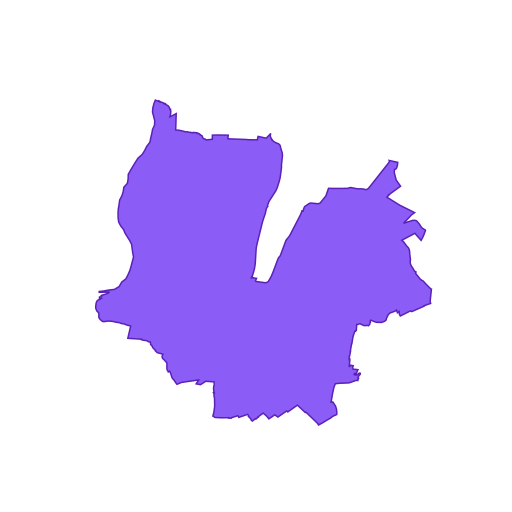 the district of Meerssen, Limburg, Netherlands, rotated 341°
{"feature_id": "6326949B43663423776688", "entity_name": "Meerssen", "entity_type": "district", "adm_level": 2, "iso_a3": "NLD", "parent_name": "Netherlands", "parent_adm1": "Limburg", "projection": "robinson", "projection_center": [5.761, 50.905], "detail": "fine", "context": "isolated", "style": "filled", "palette": "violet", "viewbox_px": 512, "rotation_deg": 341, "n_neighbors": 0, "source": "geoboundaries", "source_scale": "gbopen_adm2", "svg_char_len": 6089}
<svg xmlns="http://www.w3.org/2000/svg" viewBox="0 0 512 512"><g transform="rotate(341 256 256)"><path d="M309.8,144.9L309.2,145.3L304.0,147.9L296.9,143.6L296.0,145.0L295.1,146.6L287.8,144.0L284.3,142.5L268.0,136.2L267.6,135.9L269.1,132.7L259.7,129.3L254.1,127.5L252.7,131.4L246.6,130.0L246.3,129.2L244.5,127.8L244.2,126.8L244.2,124.9L243.8,124.6L243.4,123.9L242.6,123.3L242.8,123.0L242.5,122.7L242.2,122.0L240.8,121.1L240.5,120.8L240.7,120.7L240.3,120.4L240.0,120.7L239.8,120.1L239.2,119.7L237.9,119.3L237.0,118.7L236.7,119.0L236.4,118.8L235.7,118.8L234.9,118.2L234.7,117.8L233.4,117.5L231.6,116.2L230.5,116.0L224.5,112.2L221.1,110.7L226.9,95.4L219.9,96.4L220.7,95.2L221.6,93.7L222.4,91.9L222.7,90.7L222.9,89.5L222.3,89.5L222.4,88.3L222.4,87.0L221.9,85.5L221.3,84.7L218.9,82.3L219.5,82.2L215.8,79.0L214.2,77.0L214.5,78.4L211.6,75.8L209.1,78.7L206.7,82.3L205.0,86.2L204.3,95.1L202.6,99.3L199.4,102.6L197.4,106.2L195.1,109.8L192.7,113.9L188.3,116.8L185.1,120.0L181.5,122.9L176.6,124.9L172.8,127.8L165.5,133.9L161.8,137.2L160.1,141.7L158.0,145.4L153.4,148.0L151.4,151.9L148.8,155.4L145.3,158.7L143.2,162.9L141.0,166.9L139.4,170.9L138.0,175.2L137.2,179.2L137.9,183.6L139.4,187.9L139.6,191.7L141.5,199.9L142.2,204.3L140.5,212.7L139.9,217.0L134.7,224.8L132.1,228.5L129.1,231.8L125.6,235.2L120.6,236.9L116.7,240.3L111.3,241.5L105.4,240.2L100.6,239.5L96.2,238.5L95.9,239.3L105.2,242.2L105.1,242.7L103.8,242.9L101.8,243.1L96.8,242.9L96.6,243.1L96.9,244.0L96.6,244.4L94.7,243.8L94.0,245.5L95.3,245.9L94.3,246.2L93.4,246.1L92.1,246.3L91.0,246.8L90.1,247.7L89.4,248.7L87.9,251.7L87.4,253.6L87.6,254.4L87.5,254.7L87.6,256.2L88.5,258.0L88.7,258.7L88.5,259.0L88.6,259.5L87.6,262.3L87.4,263.1L88.0,265.4L88.9,266.7L89.4,267.8L90.7,268.5L95.4,269.5L96.7,270.1L98.0,270.6L99.1,271.2L99.8,271.5L102.3,273.2L104.7,274.3L107.0,276.2L108.9,277.1L111.9,279.6L113.4,280.5L114.7,281.4L108.0,292.1L120.2,297.2L120.0,297.3L120.7,298.1L121.9,298.9L124.6,300.2L125.7,301.1L126.3,302.0L128.1,303.1L127.6,305.1L127.6,305.6L128.5,307.1L128.4,308.1L128.6,309.1L130.1,312.5L130.3,313.1L130.1,313.2L130.8,314.6L131.2,315.2L131.8,315.7L136.0,318.5L134.7,320.0L134.4,320.7L134.3,321.8L134.5,322.8L135.1,323.7L136.9,328.0L136.7,328.8L135.3,332.8L134.9,334.6L134.9,335.1L135.5,336.8L135.4,337.1L136.1,337.1L136.7,336.7L137.1,338.0L137.0,342.6L137.1,344.5L138.1,346.7L138.8,349.5L139.5,351.6L144.5,351.3L161.4,354.5L157.8,357.4L161.6,359.6L167.7,358.1L175.4,361.4L174.5,364.3L173.7,365.3L172.6,367.7L172.2,369.8L172.1,371.6L171.4,371.1L171.2,371.2L171.5,372.4L170.5,375.4L170.7,376.2L168.6,382.8L167.9,384.8L165.3,390.0L163.1,393.3L164.8,395.4L170.3,397.6L177.6,400.0L177.4,400.4L180.1,401.3L180.4,400.9L186.9,401.1L187.2,403.0L196.4,403.0L196.7,403.4L196.9,404.3L196.5,405.3L197.4,406.6L197.5,407.2L198.1,408.6L198.1,410.0L198.9,410.9L202.6,409.6L202.9,410.1L205.7,409.1L205.5,408.8L211.6,406.9L213.7,410.4L215.2,414.2L222.0,412.3L224.3,415.4L234.6,412.5L235.3,413.8L246.6,410.5L251.6,420.0L252.3,419.8L260.4,435.6L259.9,435.9L260.1,436.2L264.1,435.5L273.0,433.6L273.3,433.7L275.7,432.8L277.1,432.5L280.7,432.2L281.3,430.9L282.2,427.3L282.3,425.7L282.3,423.6L281.1,419.0L280.0,418.9L279.4,418.7L283.6,411.0L286.7,405.9L289.4,402.6L294.7,403.8L296.7,404.5L302.4,406.2L303.6,406.3L309.4,406.2L311.1,406.5L311.7,406.9L313.2,405.0L312.6,404.7L312.6,404.3L312.8,404.0L314.5,402.6L316.1,401.7L316.4,401.0L316.3,400.6L316.0,400.4L314.8,400.5L312.8,401.4L311.2,400.8L310.2,400.1L310.2,399.8L310.5,399.5L311.2,399.1L312.5,399.8L315.4,396.7L313.1,395.5L311.0,394.8L311.2,392.6L312.2,391.4L309.8,390.0L308.9,390.9L308.2,390.7L310.8,385.1L310.4,385.0L311.1,383.9L310.5,383.7L311.6,381.2L311.8,381.3L314.4,376.8L314.2,376.7L317.9,370.0L318.1,370.1L321.1,364.5L321.1,364.4L324.8,359.4L325.6,359.7L326.3,358.8L326.7,358.9L328.9,353.6L329.5,353.9L331.9,353.8L332.9,354.5L335.1,356.7L336.2,357.3L338.7,357.9L339.7,358.6L341.3,357.6L341.8,356.6L342.6,356.0L342.6,355.1L343.0,354.4L343.5,354.0L348.2,357.9L353.1,359.7L356.5,359.6L358.3,358.8L359.1,357.4L361.0,355.5L360.9,355.3L363.7,353.6L369.7,353.4L371.3,352.8L371.2,355.7L373.3,355.1L372.6,357.6L372.9,359.7L384.2,358.2L385.2,359.3L398.8,358.1L398.8,357.7L405.7,357.7L405.9,355.9L406.3,354.7L410.9,344.8L411.1,344.5L410.7,344.2L409.3,341.5L407.6,338.0L406.0,334.2L405.6,333.7L404.6,332.7L404.3,332.0L404.0,331.9L401.4,324.8L401.3,324.3L401.5,324.0L402.1,323.2L401.1,322.0L400.8,321.2L400.4,318.9L399.7,316.2L399.5,314.8L399.5,313.7L399.6,312.5L401.0,309.3L401.6,306.0L402.9,300.8L402.9,299.0L402.8,298.0L401.7,295.5L400.3,290.9L399.0,288.6L413.6,286.3L417.2,295.0L420.8,291.6L424.6,287.0L424.4,286.3L422.9,284.6L422.0,283.3L421.6,282.1L420.9,279.0L419.5,275.5L419.0,274.7L417.5,273.8L415.5,273.3L406.8,273.1L406.9,272.7L413.2,269.5L416.0,267.9L420.1,266.6L408.5,254.8L398.9,243.0L401.9,241.5L401.6,241.3L415.4,237.1L413.4,230.2L413.3,229.6L413.9,222.1L415.1,219.3L416.4,219.3L417.2,219.0L419.1,216.6L420.5,213.6L413.0,209.0L413.0,210.0L411.9,211.0L385.9,227.7L384.7,228.4L383.4,229.0L381.4,229.1L380.3,228.2L379.2,227.6L377.6,226.8L373.6,225.4L367.7,222.0L364.4,221.8L350.3,217.0L346.6,215.6L341.6,222.0L333.8,226.8L332.7,226.9L331.5,226.7L325.6,224.0L324.6,223.6L323.2,223.7L318.2,225.1L317.6,225.6L317.1,226.1L315.5,228.1L315.2,228.9L314.0,228.3L313.5,229.1L312.0,231.0L294.7,247.5L293.2,248.6L290.2,250.4L289.3,251.1L279.8,262.7L278.9,263.7L277.0,264.8L275.9,265.8L266.5,277.2L263.5,280.5L259.6,283.9L258.9,284.3L258.0,284.5L256.3,284.4L247.9,280.2L247.5,279.8L247.4,279.4L249.2,277.3L246.7,276.0L246.6,275.8L245.8,275.0L245.1,275.5L244.4,275.1L246.7,272.9L246.9,272.5L248.7,270.1L250.6,267.2L252.8,263.0L258.0,250.4L259.0,248.2L261.2,244.5L272.0,227.8L274.3,224.4L278.8,218.6L281.0,214.9L282.3,213.5L283.3,213.0L283.2,212.2L286.1,208.6L295.9,200.9L298.5,198.1L301.8,193.6L303.9,190.5L305.1,188.3L308.9,180.7L309.2,179.8L309.4,178.9L313.8,169.5L314.4,166.8L314.5,162.1L314.8,160.1L314.7,158.9L314.4,158.1L313.8,157.2L311.4,155.1L310.5,154.1L309.8,153.1L308.8,151.3L309.1,151.2L308.8,150.1L308.5,148.6L308.6,147.0L309.8,144.9Z" fill="#8b5cf6" stroke="#5b21b6" stroke-width="1.5"/></g></svg>